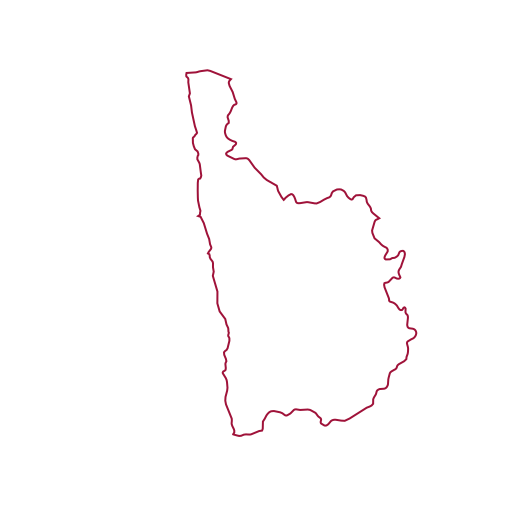 an SVG outline of Arequipa, rotated 54°
{"feature_id": "PER-570", "entity_name": "Arequipa", "entity_type": "Department", "adm_level": 1, "iso_a3": "PER", "parent_name": "Peru", "parent_adm1": "", "projection": "mercator", "projection_center": [-72.544, -15.989], "detail": "fine", "context": "isolated", "style": "outline", "palette": "rose", "viewbox_px": 512, "rotation_deg": 54, "n_neighbors": 0, "source": "natural_earth", "source_scale": "10m", "svg_char_len": 6035}
<svg xmlns="http://www.w3.org/2000/svg" viewBox="0 0 512 512"><g transform="rotate(54 256 256)"><path d="M386.8,379.3L386.0,377.3L384.5,376.2L383.1,375.7L379.6,375.1L377.5,374.4L376.7,373.8L375.1,372.4L373.6,371.4L373.2,371.2L358.4,367.5L355.0,365.9L352.1,363.5L348.0,358.5L345.8,356.5L341.0,353.6L339.1,352.7L337.0,352.2L331.4,351.8L330.7,351.4L330.2,350.5L330.4,348.5L330.2,347.5L328.9,346.3L325.3,344.2L324.6,343.4L323.7,341.8L321.5,340.8L317.3,339.8L315.1,338.5L314.7,336.8L314.7,335.0L313.9,333.2L309.0,327.4L306.9,325.9L305.9,325.6L305.1,325.6L304.4,325.5L303.6,324.9L302.6,323.6L302.0,323.0L301.1,322.8L300.6,322.5L298.6,321.2L297.7,320.8L294.0,320.1L288.9,317.9L279.5,318.0L271.6,315.1L262.1,308.1L246.7,302.6L243.8,299.4L239.8,297.4L236.5,295.0L235.0,294.4L231.5,294.5L229.8,294.1L228.4,293.2L227.1,292.7L225.7,293.4L225.0,292.1L223.8,288.2L223.1,287.3L222.2,286.9L219.6,286.3L214.7,283.9L209.2,282.5L198.7,278.9L191.8,277.8L189.7,279.3L189.7,277.1L188.1,275.8L187.2,274.8L186.6,274.3L183.4,273.2L177.0,270.3L174.4,268.6L168.8,264.7L162.6,260.1L160.1,257.8L160.0,256.7L160.5,255.6L159.8,254.2L158.8,253.0L156.1,251.6L148.6,247.5L147.2,247.1L143.3,246.6L141.9,245.6L140.7,244.2L140.4,243.3L139.3,242.5L137.1,241.8L133.8,242.6L130.6,241.8L127.5,240.6L123.6,237.9L123.2,237.4L123.0,235.6L122.7,234.7L122.3,233.9L122.2,232.6L121.7,231.3L119.4,230.5L115.0,229.1L102.3,223.5L96.0,220.0L87.4,216.5L85.6,213.9L75.7,208.7L73.3,206.8L72.1,206.4L70.8,206.6L70.1,206.8L69.5,206.7L68.1,205.7L67.1,204.6L72.1,196.7L72.7,195.3L73.3,193.5L74.0,192.0L77.2,186.1L79.4,184.2L98.2,172.3L98.4,173.4L98.6,174.2L98.9,175.1L99.5,175.9L100.4,176.5L102.9,177.4L109.7,178.5L116.4,180.8L119.7,181.4L120.6,181.7L121.2,182.2L121.4,183.0L121.2,183.9L120.9,184.8L121.1,186.2L121.9,188.0L124.0,191.3L124.9,193.1L125.4,194.6L125.6,195.7L126.2,196.7L127.2,197.5L130.6,198.6L132.3,199.8L132.4,201.8L132.6,202.6L133.0,203.5L133.5,204.3L136.5,207.6L137.2,208.1L138.0,208.6L139.0,209.0L140.9,209.6L142.6,209.8L143.6,209.7L144.7,209.5L146.8,208.7L149.0,207.5L151.2,205.9L152.0,205.6L152.8,205.6L153.6,206.3L153.9,207.3L154.1,209.9L154.1,210.2L154.2,210.4L154.7,211.1L155.2,211.7L155.7,212.4L155.8,213.3L155.1,217.4L155.1,218.2L155.2,219.2L155.6,220.0L156.5,220.4L157.9,220.2L164.7,216.6L165.7,215.8L166.3,214.9L167.4,212.2L170.9,206.7L171.6,206.0L172.7,205.4L174.4,205.1L183.8,205.2L193.0,203.8L197.0,203.6L200.9,202.6L211.4,197.9L214.0,198.9L214.8,199.3L216.6,199.9L223.2,200.7L226.9,200.6L226.8,199.8L226.3,197.9L226.1,194.1L226.5,191.3L227.1,190.6L227.9,190.3L228.8,190.1L230.8,190.3L232.8,190.8L235.5,191.7L236.2,191.8L236.9,191.7L237.6,191.3L238.2,190.7L239.2,189.2L242.1,183.5L242.8,182.5L248.0,177.5L249.1,176.1L250.0,172.4L250.4,167.8L251.0,164.2L251.5,162.8L251.6,161.8L251.5,160.6L250.9,159.4L249.7,157.8L249.0,155.8L249.7,151.6L250.3,150.5L251.2,149.2L251.7,148.6L252.3,148.0L253.1,147.6L254.8,146.8L255.8,146.6L257.0,146.5L261.0,147.1L262.1,147.0L263.2,146.9L265.2,146.3L266.0,145.9L266.6,145.4L266.8,144.5L265.9,142.3L265.7,139.4L267.9,136.0L270.3,133.9L271.9,132.9L273.3,132.7L275.1,133.4L276.0,133.8L276.8,134.3L278.0,134.7L279.5,134.9L282.3,134.8L283.9,134.9L285.2,135.2L286.1,135.7L287.1,136.2L288.7,136.4L290.5,136.1L297.9,134.1L297.7,135.7L297.3,137.5L297.3,138.3L297.6,139.1L298.1,140.0L303.6,147.1L305.8,148.3L311.4,149.7L317.3,148.2L319.8,148.0L322.0,147.5L323.9,146.7L326.0,145.6L327.0,145.5L328.2,145.7L329.0,146.2L329.7,146.8L330.1,147.7L331.2,150.4L331.6,151.3L332.1,152.1L332.6,152.8L333.3,153.3L334.2,153.4L335.1,153.0L337.4,149.6L337.6,148.8L337.6,147.9L337.8,146.9L338.9,145.0L339.1,144.1L339.2,142.2L339.1,141.3L338.9,140.4L338.4,139.6L337.4,138.0L337.1,137.2L337.2,136.2L337.5,135.3L337.9,134.5L338.5,133.8L339.3,133.6L340.2,133.6L341.0,133.9L341.4,134.1L342.1,134.5L344.0,136.5L348.2,142.7L350.0,145.1L351.1,148.0L351.6,148.9L352.1,149.6L353.0,150.3L354.1,150.8L355.9,151.3L357.2,151.5L358.2,151.8L358.5,152.5L358.5,153.3L358.1,154.1L357.5,154.9L356.9,155.4L355.2,156.3L354.5,156.8L354.0,157.6L353.9,158.5L354.8,163.3L354.9,164.2L354.7,164.9L354.5,165.6L353.7,167.2L353.5,168.1L354.6,169.3L356.9,170.4L368.1,173.3L369.1,173.7L370.1,174.4L370.9,174.6L371.7,174.4L374.1,172.6L375.5,171.9L376.4,171.6L378.5,171.2L379.5,171.2L381.6,171.4L382.7,171.4L383.7,171.3L384.6,170.9L385.2,170.2L385.5,169.5L385.3,168.6L384.9,167.8L384.6,167.0L384.8,166.1L385.4,165.8L386.5,165.9L389.3,168.1L390.7,168.5L392.7,168.2L393.9,168.5L395.3,169.4L400.5,174.1L401.4,174.6L402.6,175.0L403.7,174.9L404.5,174.5L407.0,171.9L407.7,171.4L408.5,171.0L409.4,170.8L410.2,170.8L411.2,171.0L412.0,171.3L412.8,171.8L413.5,172.6L414.2,173.6L414.8,175.2L415.0,176.3L415.0,177.5L414.6,179.5L414.3,183.4L414.5,184.3L415.2,185.1L416.5,185.7L418.9,186.6L420.4,187.4L422.9,189.4L424.3,190.8L426.2,193.6L427.8,195.0L428.2,198.0L427.5,204.0L427.6,205.5L428.1,206.7L428.8,207.5L429.4,208.6L429.5,209.5L429.5,210.2L429.3,211.3L429.0,214.3L429.1,215.6L429.5,216.6L432.4,220.2L433.6,221.5L437.2,224.5L438.0,225.4L438.8,227.0L439.1,228.3L439.0,229.4L438.7,230.3L436.3,234.2L436.1,235.1L436.0,235.7L436.0,236.8L436.3,237.7L436.9,238.5L437.6,239.3L438.4,240.4L439.8,243.8L440.8,245.4L444.4,248.1L444.9,250.4L444.6,252.6L443.8,255.6L442.5,275.8L441.5,281.1L439.2,283.9L435.3,287.8L434.6,288.7L434.0,289.9L433.7,290.9L433.6,291.7L433.6,292.5L434.4,295.6L434.6,296.8L434.5,298.6L434.0,299.6L433.3,300.3L430.2,301.6L429.6,301.8L428.9,301.6L428.2,301.2L427.0,299.8L426.3,299.3L425.4,299.1L424.5,299.3L422.6,299.9L421.6,300.0L418.5,300.0L417.6,300.2L413.1,302.3L412.1,302.9L410.6,304.4L406.5,310.8L403.6,313.7L403.0,314.7L402.8,315.8L403.5,320.0L403.6,321.1L403.3,323.8L403.1,324.9L402.5,325.7L401.7,326.2L398.7,327.1L396.7,328.3L392.2,332.4L391.4,333.5L390.5,335.1L390.3,336.2L390.2,337.2L390.5,339.2L391.1,341.2L392.8,344.6L394.0,347.7L399.5,351.9L400.2,352.7L400.8,353.8L400.4,354.5L400.0,355.3L399.5,356.2L397.5,364.4L397.2,365.3L396.8,366.0L394.4,369.0L393.4,370.8L392.7,373.7L391.7,375.4L390.1,376.8L386.9,379.3L386.8,379.3Z" fill="none" stroke="#9f1239" stroke-width="2"/></g></svg>